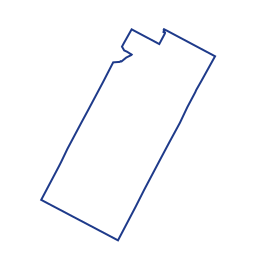 the district of Santa Fe, New Mexico, United States of America, rotated 28°
{"feature_id": "52423323B7910284098796", "entity_name": "Santa Fe", "entity_type": "district", "adm_level": 2, "iso_a3": "USA", "parent_name": "United States of America", "parent_adm1": "New Mexico", "projection": "equal_earth", "projection_center": [-106.034, 35.521], "detail": "fine", "context": "isolated", "style": "outline", "palette": "blue", "viewbox_px": 256, "rotation_deg": 28, "n_neighbors": 0, "source": "geoboundaries", "source_scale": "gbopen_adm2", "svg_char_len": 687}
<svg xmlns="http://www.w3.org/2000/svg" viewBox="0 0 256 256"><g transform="rotate(28 128 128)"><path d="M171.9,231.9L171.7,194.1L171.3,174.9L171.2,140.2L171.2,120.9L171.4,99.0L170.6,81.8L170.6,68.5L170.6,64.9L170.4,62.5L170.7,52.1L171.1,28.9L171.2,23.8L130.8,23.8L127.0,23.8L116.7,23.8L113.4,23.9L113.4,24.4L114.4,25.0L114.0,25.4L114.3,26.6L115.9,26.5L116.2,27.3L116.2,39.2L84.9,39.2L84.5,55.4L84.5,59.0L88.2,61.3L91.4,61.1L96.8,61.5L96.7,62.0L93.4,66.6L91.0,72.3L90.1,72.5L89.7,73.5L84.1,77.0L84.4,99.3L84.4,125.8L84.4,131.1L84.3,144.7L84.3,159.0L84.3,174.8L84.9,189.1L85.0,194.1L85.1,232.2L93.1,232.2L120.2,232.1L171.9,231.9Z" fill="none" stroke="#1e3a8a" stroke-width="2"/></g></svg>